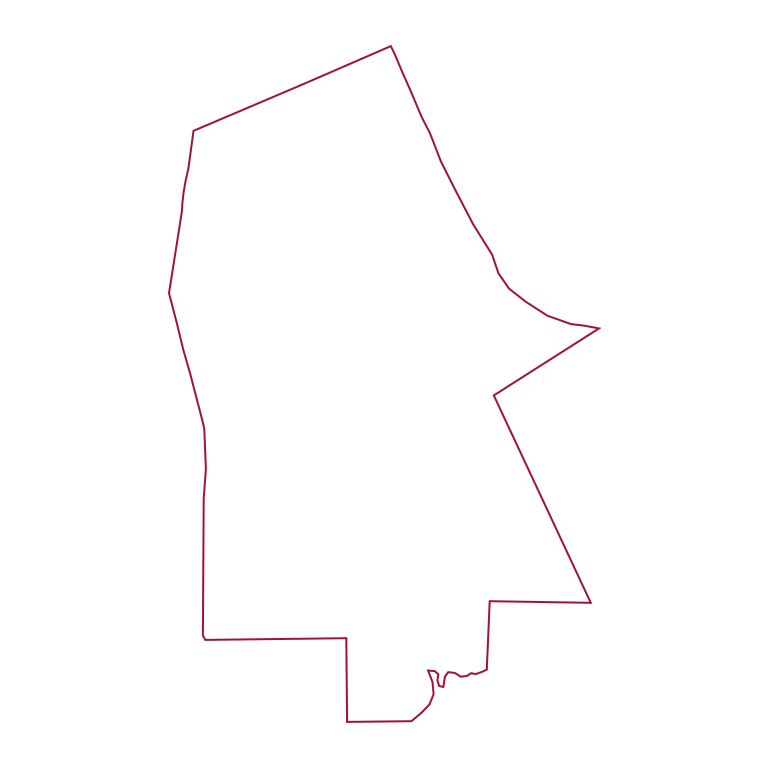 outline of Ta Khmau, Kândal, Cambodia
{"feature_id": "14789045B91886008467417", "entity_name": "Ta Khmau", "entity_type": "district", "adm_level": 2, "iso_a3": "KHM", "parent_name": "Cambodia", "parent_adm1": "Kândal", "projection": "natural_earth1", "projection_center": [104.946, 11.457], "detail": "fine", "context": "isolated", "style": "outline", "palette": "rose", "viewbox_px": 768, "rotation_deg": 0, "n_neighbors": 0, "source": "geoboundaries", "source_scale": "gbopen_adm2", "svg_char_len": 866}
<svg xmlns="http://www.w3.org/2000/svg" viewBox="0 0 768 768"><path d="M411.4,721.2L421.4,712.8L429.5,704.4L433.6,694.2L432.5,682.0L428.1,670.5L434.7,671.1L438.3,674.3L437.4,680.3L439.1,685.9L443.3,687.0L445.0,676.5L448.3,672.1L455.0,673.0L460.7,676.7L467.0,675.9L471.2,673.2L475.8,674.1L482.4,671.7L486.8,669.6L489.7,601.2L590.8,602.8L585.4,591.3L493.8,395.4L599.0,328.4L584.5,325.7L571.0,324.1L547.4,315.7L525.8,301.8L509.0,288.6L498.4,273.2L492.1,254.6L473.2,224.4L456.6,192.5L441.0,161.7L430.0,133.3L421.5,116.7L410.5,90.6L402.2,71.9L394.7,54.1L390.8,46.1L304.7,83.5L193.5,130.8L189.5,160.5L188.3,168.9L185.7,180.2L183.6,192.3L182.3,204.0L181.9,211.4L169.0,293.2L176.7,322.6L183.3,349.8L190.1,373.4L202.8,422.3L204.3,428.7L205.9,469.7L203.7,498.2L202.9,635.4L205.3,639.9L346.3,638.2L347.1,721.9L411.4,721.2Z" fill="none" stroke="#9f1239" stroke-width="2"/></svg>